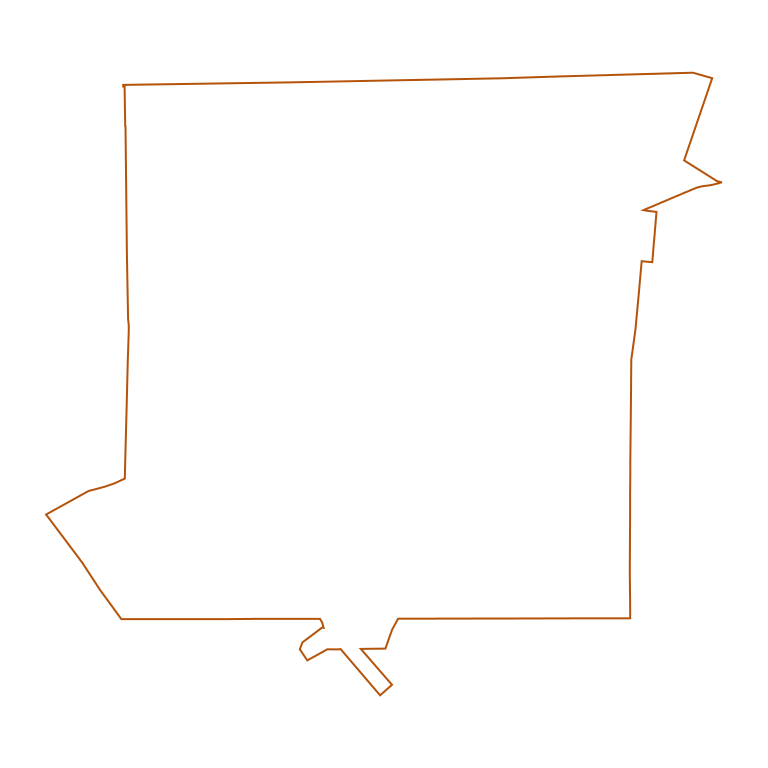 Broken Hill, New South Wales, Australia (Albers equal-area conic projection)
{"feature_id": "25037944B37547853464186", "entity_name": "Broken Hill", "entity_type": "district", "adm_level": 2, "iso_a3": "AUS", "parent_name": "Australia", "parent_adm1": "New South Wales", "projection": "albers", "projection_center": [141.499, -31.951], "detail": "fine", "context": "isolated", "style": "outline", "palette": "amber", "viewbox_px": 768, "rotation_deg": 0, "n_neighbors": 0, "source": "geoboundaries", "source_scale": "gbopen_adm2", "svg_char_len": 1816}
<svg xmlns="http://www.w3.org/2000/svg" viewBox="0 0 768 768"><path d="M128.7,325.6L128.8,327.5L128.7,333.3L127.8,359.9L126.6,408.7L125.8,438.2L125.6,446.7L125.3,456.7L125.3,458.4L124.9,474.6L124.9,476.1L124.8,478.6L114.6,483.3L105.1,486.6L95.5,489.2L88.5,491.0L46.1,514.5L79.7,559.2L80.6,560.6L81.7,561.8L100.1,590.0L103.8,595.1L110.5,604.2L121.3,619.1L158.2,619.1L159.4,619.1L164.9,619.1L168.9,619.1L225.6,619.1L229.2,619.1L230.2,619.1L252.9,618.9L265.7,618.9L320.0,618.9L322.2,622.6L323.6,627.8L322.1,627.6L302.5,642.3L299.8,649.3L307.3,660.4L327.3,649.3L337.6,649.4L340.6,649.1L380.1,695.3L392.0,684.8L360.8,648.9L385.4,648.6L392.1,629.7L398.1,618.7L405.6,618.7L451.0,618.6L511.1,618.5L518.5,618.5L594.7,618.3L630.2,618.3L630.1,600.3L629.8,574.7L629.8,572.1L629.8,569.3L629.8,568.0L629.8,566.7L630.1,516.7L630.1,503.2L630.1,498.0L630.1,494.4L630.3,473.7L630.3,462.0L630.9,406.2L631.3,359.5L635.4,330.0L635.5,329.6L635.5,328.8L637.2,310.7L637.3,309.4L638.1,301.1L641.7,261.2L652.3,262.2L653.9,242.5L654.1,240.6L656.5,211.9L647.1,210.8L643.6,210.1L647.9,208.2L654.3,205.6L657.3,204.3L659.9,203.2L661.4,202.5L663.4,201.7L668.2,199.7L670.4,198.7L673.6,197.4L675.8,196.4L677.3,195.8L679.3,195.0L682.1,193.8L683.4,193.2L684.3,192.8L685.8,192.2L687.4,191.6L691.7,189.7L692.8,189.3L694.8,188.5L695.7,188.1L696.8,187.7L697.4,187.5L698.3,187.2L698.8,187.1L699.3,187.0L701.3,186.5L702.0,186.3L702.7,186.2L703.6,186.1L704.6,185.9L706.9,185.7L708.1,185.5L709.0,185.4L709.5,185.3L710.4,185.2L711.6,184.9L713.7,184.5L718.3,183.3L719.2,183.1L719.6,182.9L721.9,182.3L717.1,181.2L684.1,160.4L712.2,78.2L692.9,72.7L557.4,76.5L501.4,78.3L500.5,78.3L288.4,82.4L123.2,84.9L123.2,86.5L124.6,86.5L125.2,126.1L125.5,126.2L126.9,254.0L127.8,303.3L128.1,319.1L128.7,324.3L128.7,325.6Z" fill="none" stroke="#b45309" stroke-width="2"/></svg>